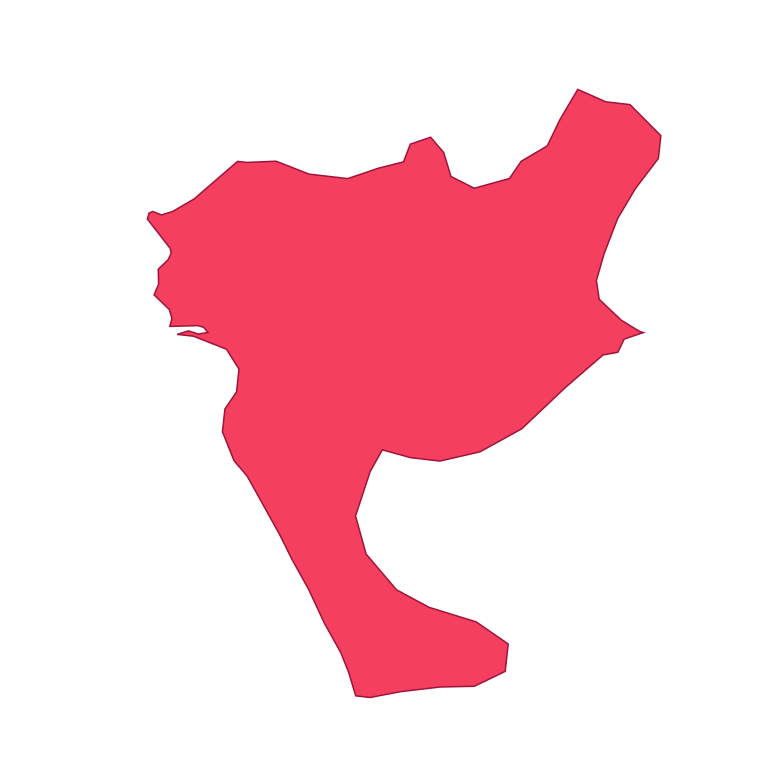 outline of Anbyon, Kangwŏn-do, North Korea, rotated 276°
{"feature_id": "82179303B46901799029181", "entity_name": "Anbyon", "entity_type": "district", "adm_level": 2, "iso_a3": "PRK", "parent_name": "North Korea", "parent_adm1": "Kangwŏn-do", "projection": "mercator", "projection_center": [127.527, 39.017], "detail": "fine", "context": "isolated", "style": "filled", "palette": "rose", "viewbox_px": 768, "rotation_deg": 276, "n_neighbors": 0, "source": "geoboundaries", "source_scale": "gbopen_adm2", "svg_char_len": 1256}
<svg xmlns="http://www.w3.org/2000/svg" viewBox="0 0 768 768"><g transform="rotate(276 384 384)"><path d="M70.9,388.5L70.8,403.1L79.7,432.4L88.5,471.3L92.8,505.4L110.9,534.6L138.4,534.7L157.0,500.7L166.6,452.1L180.6,418.0L213.0,384.0L249.7,369.5L295.5,379.4L318.3,389.2L313.5,418.4L313.2,447.6L326.6,486.6L353.8,525.6L376.5,545.1L399.3,564.6L435.7,598.7L440.1,613.3L453.8,618.2L462.3,636.6L462.9,632.9L472.2,613.4L490.7,589.2L509.1,584.4L536.5,589.3L573.1,599.1L605.0,613.8L637.0,633.3L659.9,633.4L687.6,599.4L687.8,575.1L697.2,545.9L665.3,531.3L637.9,521.5L619.8,497.1L601.5,487.3L588.1,453.2L597.4,428.9L620.4,419.2L634.3,404.6L625.3,385.1L607.0,380.2L598.0,355.8L584.5,326.5L584.7,307.0L584.9,287.5L594.3,253.4L590.0,224.2L590.1,215.1L548.2,175.8L533.4,155.6L528.9,145.0L531.4,136.0L529.5,132.5L523.3,131.4L496.5,157.2L491.9,158.7L485.0,156.3L474.6,147.5L459.7,149.4L448.6,146.0L436.1,162.0L435.5,162.8L427.1,166.2L418.9,165.0L422.6,193.0L421.5,198.8L416.8,203.5L414.3,193.9L416.4,184.0L411.7,173.1L411.6,189.5L402.1,223.7L383.7,238.2L360.8,238.2L342.5,228.4L319.6,228.3L292.0,242.9L278.1,257.5L250.5,276.9L222.8,296.3L199.8,310.9L172.2,330.3L139.9,349.7L112.3,369.1L93.9,378.8L70.9,388.5Z" fill="#f43f5e" stroke="#9f1239" stroke-width="1.5"/></g></svg>